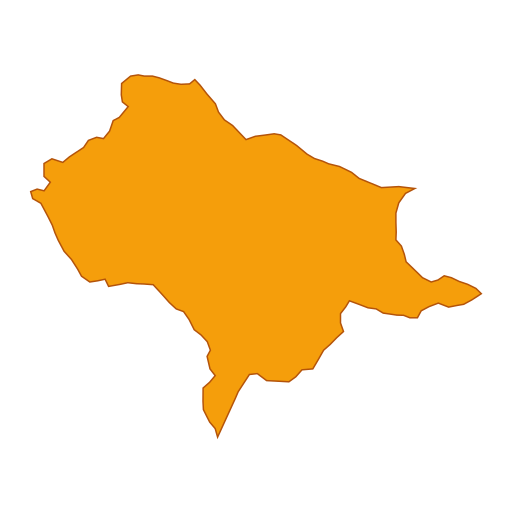 Esperança, Paraíba, Brazil (Robinson projection)
{"feature_id": "56859067B22876430422042", "entity_name": "Esperança", "entity_type": "district", "adm_level": 2, "iso_a3": "BRA", "parent_name": "Brazil", "parent_adm1": "Paraíba", "projection": "robinson", "projection_center": [-35.884, -7.007], "detail": "fine", "context": "isolated", "style": "filled", "palette": "amber", "viewbox_px": 512, "rotation_deg": 0, "n_neighbors": 0, "source": "geoboundaries", "source_scale": "gbopen_adm2", "svg_char_len": 1869}
<svg xmlns="http://www.w3.org/2000/svg" viewBox="0 0 512 512"><path d="M471.8,299.9L481.3,293.7L475.9,288.4L467.6,284.3L459.3,281.5L451.4,277.7L444.2,275.8L438.0,280.0L431.2,282.0L422.5,277.7L414.1,269.5L406.1,261.8L404.3,254.3L401.4,246.1L395.9,239.9L396.2,232.1L395.9,222.4L395.9,213.0L398.8,202.8L405.5,193.4L414.8,188.5L398.8,186.6L381.4,187.6L359.1,178.4L351.6,172.4L339.5,166.5L328.6,163.8L322.7,161.2L314.4,158.5L307.1,154.2L296.6,145.5L280.8,134.9L274.2,133.8L264.8,135.1L255.3,136.3L246.0,139.6L239.5,132.8L232.7,125.6L224.4,119.9L218.5,112.1L215.4,103.8L206.9,94.0L200.0,85.1L194.8,79.6L189.6,83.9L181.0,84.3L173.3,83.1L167.4,80.8L159.1,77.8L152.5,76.1L144.4,76.1L138.2,74.9L130.6,76.1L121.6,83.5L121.3,94.8L122.4,101.9L128.2,106.6L119.3,117.4L113.2,120.6L109.6,131.1L103.5,138.6L96.6,137.3L88.4,140.4L83.6,147.5L76.0,152.5L69.5,156.8L62.8,162.4L51.9,158.8L44.0,163.5L44.0,176.4L50.3,182.2L44.1,190.8L37.1,189.1L30.7,191.6L32.7,198.6L40.9,203.3L48.1,216.8L52.3,225.2L55.0,232.9L58.2,240.2L64.1,251.3L71.5,259.5L77.7,269.2L81.5,276.2L89.8,282.0L97.7,280.8L105.1,279.2L108.6,286.4L119.9,284.4L127.8,282.7L136.5,283.7L144.0,284.0L153.2,284.7L162.3,294.6L169.4,302.6L176.2,308.9L183.6,311.6L189.1,319.5L194.2,329.7L201.1,335.0L207.3,341.7L210.4,350.2L207.1,356.4L210.0,368.9L215.2,375.6L209.6,382.3L203.1,388.0L203.0,401.3L203.4,409.6L206.5,415.8L209.7,422.1L215.2,428.6L217.6,437.1L235.4,398.2L238.2,391.7L249.4,374.5L257.3,373.6L266.6,380.6L280.0,381.3L288.9,381.8L295.8,376.8L302.0,369.8L312.8,368.9L318.5,359.2L323.6,350.2L330.2,344.4L336.7,337.7L343.5,331.5L340.5,323.0L340.5,313.6L345.7,306.9L349.4,300.8L359.7,304.6L368.0,307.8L376.2,308.9L383.2,313.1L389.6,314.0L396.8,315.1L403.6,315.3L409.9,317.8L417.4,317.8L421.2,310.8L429.1,306.6L438.3,303.1L448.6,307.1L457.3,305.4L463.7,304.3L471.8,299.9Z" fill="#f59e0b" stroke="#b45309" stroke-width="1.5"/></svg>